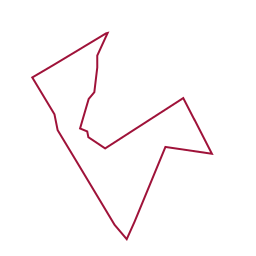 Akjoujt, Inchiri, Mauritania, rotated 148°
{"feature_id": "47542326B26316239883363", "entity_name": "Akjoujt", "entity_type": "district", "adm_level": 2, "iso_a3": "MRT", "parent_name": "Mauritania", "parent_adm1": "Inchiri", "projection": "robinson", "projection_center": [-14.718, 19.947], "detail": "fine", "context": "isolated", "style": "outline", "palette": "rose", "viewbox_px": 256, "rotation_deg": 148, "n_neighbors": 0, "source": "geoboundaries", "source_scale": "gbopen_adm2", "svg_char_len": 477}
<svg xmlns="http://www.w3.org/2000/svg" viewBox="0 0 256 256"><g transform="rotate(148 128 128)"><path d="M94.9,219.4L96.5,219.9L157.3,220.9L182.4,221.6L183.1,178.6L188.8,163.5L189.4,124.8L190.7,53.0L188.0,34.4L172.3,44.9L165.0,50.1L106.3,92.1L70.5,61.7L67.2,100.0L67.3,100.0L65.3,124.1L158.2,122.8L166.5,141.2L164.4,146.7L168.9,153.0L162.2,159.0L145.9,173.5L144.0,174.1L137.6,176.2L122.0,195.6L115.7,205.7L94.9,219.4Z" fill="none" stroke="#9f1239" stroke-width="2"/></g></svg>